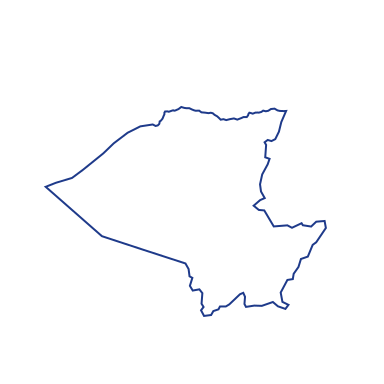 Huerfano, Colorado, United States of America (orthographic projection), rotated 202°
{"feature_id": "52423323B93107180382788", "entity_name": "Huerfano", "entity_type": "district", "adm_level": 2, "iso_a3": "USA", "parent_name": "United States of America", "parent_adm1": "Colorado", "projection": "orthographic", "projection_center": [-105.039, 37.654], "detail": "fine", "context": "isolated", "style": "outline", "palette": "blue", "viewbox_px": 384, "rotation_deg": 202, "n_neighbors": 0, "source": "geoboundaries", "source_scale": "gbopen_adm2", "svg_char_len": 1859}
<svg xmlns="http://www.w3.org/2000/svg" viewBox="0 0 384 384"><g transform="rotate(202 192 192)"><path d="M58.2,214.8L65.7,211.0L68.6,204.6L76.8,202.7L78.7,204.1L85.9,196.3L91.1,196.8L103.3,190.7L118.1,202.0L123.3,200.4L129.7,202.4L125.8,210.0L122.3,213.6L128.2,218.3L131.8,224.6L133.5,234.6L132.2,246.0L132.5,251.8L137.1,251.6L140.9,263.4L143.3,265.3L141.3,268.6L137.4,269.0L134.6,272.2L134.0,280.5L135.4,290.3L135.1,302.4L137.6,301.2L138.2,301.1L140.8,300.1L143.3,299.7L146.7,300.2L149.9,298.5L151.7,295.9L153.8,294.5L156.5,294.1L157.7,292.2L159.8,290.6L160.8,290.3L162.9,289.4L165.0,287.4L167.4,287.2L168.5,287.0L168.9,285.4L168.7,284.1L169.3,282.0L172.3,280.8L174.0,279.0L177.1,276.1L180.7,275.9L184.2,273.7L187.2,271.5L190.1,271.3L192.5,269.8L194.6,270.7L197.0,271.6L200.0,272.0L202.3,272.8L204.3,272.5L206.2,271.3L209.5,270.5L213.1,269.4L215.9,270.1L219.1,268.7L220.8,268.5L223.2,268.5L225.9,268.7L228.6,267.6L230.6,267.1L233.8,266.8L235.6,263.8L237.3,262.1L237.8,261.5L239.0,260.7L240.1,260.7L241.2,259.8L243.0,258.2L243.6,257.7L244.8,257.6L247.1,256.6L247.3,255.2L246.7,253.7L246.8,252.2L246.8,249.0L247.6,246.4L248.4,245.3L248.0,243.9L247.9,242.7L248.7,240.9L250.5,239.6L253.7,239.9L264.5,233.5L273.9,222.8L282.8,207.8L288.7,194.6L294.7,183.8L301.5,171.6L308.5,160.1L321.6,149.6L329.6,142.0L259.0,117.3L254.3,117.6L215.4,120.2L171.3,123.3L166.3,119.3L162.7,112.9L159.5,112.5L158.8,104.2L154.4,100.9L148.7,104.5L144.5,102.1L141.3,92.0L138.2,89.7L139.3,85.7L134.4,81.6L128.2,85.1L127.6,89.6L123.5,93.1L123.2,96.3L117.7,98.6L115.3,101.8L109.2,115.2L106.7,117.7L103.6,114.7L101.4,107.8L98.9,105.7L91.7,110.0L84.6,112.6L75.8,120.3L69.5,118.2L61.6,118.6L60.3,123.5L67.0,124.0L72.1,132.0L70.6,146.2L65.9,149.0L67.1,154.3L65.2,162.3L65.9,170.7L60.4,175.5L60.3,188.2L58.0,191.9L54.4,208.8L58.2,214.8Z" fill="none" stroke="#1e3a8a" stroke-width="2"/></g></svg>